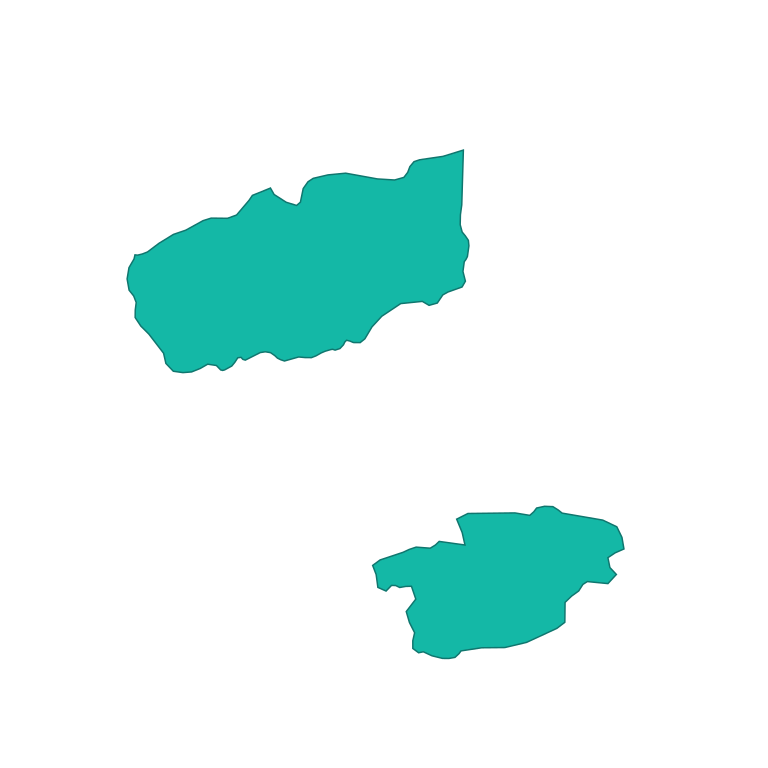 the border of Emberá, rotated 287°
{"feature_id": "PAN-3455", "entity_name": "Emberá", "entity_type": "Indigenous Territory", "adm_level": 1, "iso_a3": "PAN", "parent_name": "Panama", "parent_adm1": "", "projection": "mercator", "projection_center": [-77.827, 8.183], "detail": "fine", "context": "isolated", "style": "filled", "palette": "teal", "viewbox_px": 768, "rotation_deg": 287, "n_neighbors": 0, "source": "natural_earth", "source_scale": "10m", "svg_char_len": 2212}
<svg xmlns="http://www.w3.org/2000/svg" viewBox="0 0 768 768"><g transform="rotate(287 384 384)"><path d="M538.2,218.1L533.1,223.5L529.2,237.4L529.2,248.2L533.4,250.9L547.3,249.6L555.2,252.2L560.0,256.2L567.6,269.3L574.4,285.7L578.2,317.8L582.2,334.5L587.4,342.6L593.3,344.8L599.5,345.2L605.4,347.7L608.9,352.6L618.9,373.8L630.9,391.5L630.6,391.6L578.0,406.0L568.2,407.6L558.6,410.3L552.2,414.3L549.4,418.5L546.0,422.7L541.0,424.8L530.3,426.5L527.3,426.0L524.4,425.0L514.7,426.6L506.1,431.8L499.6,430.3L490.6,418.2L486.4,414.2L477.0,411.3L472.4,404.1L474.2,396.5L465.8,376.5L448.2,362.1L435.1,355.8L421.6,352.5L416.6,349.1L414.7,342.6L415.1,338.8L414.9,335.4L412.5,334.2L409.7,333.8L405.0,331.5L402.1,327.3L402.2,324.8L401.4,323.1L398.1,318.1L395.4,314.9L391.0,310.7L388.0,306.9L386.2,300.8L384.9,294.5L376.9,282.1L377.0,278.1L377.6,274.5L379.2,271.3L380.8,266.3L380.1,261.1L377.9,256.5L366.3,244.4L366.3,241.8L367.7,239.5L366.3,236.5L361.1,235.0L356.7,233.2L350.9,227.5L349.8,225.7L349.8,224.9L349.7,223.7L352.7,218.3L351.4,209.6L345.1,203.7L339.3,196.5L336.1,188.4L334.6,178.8L339.9,169.4L349.0,164.2L363.0,144.5L368.3,134.5L374.8,126.6L382.0,124.5L389.5,123.2L395.0,118.9L399.2,112.8L409.4,107.6L420.7,106.1L430.5,108.4L434.7,108.1L435.2,110.7L437.7,114.9L441.1,119.2L452.8,127.7L465.5,138.9L473.1,149.4L487.3,163.2L492.1,170.2L496.7,185.9L502.5,193.6L520.1,201.2L525.9,203.0L538.0,217.9L538.2,218.1ZM207.2,426.2L214.6,431.7L228.6,451.4L233.1,456.4L237.4,462.4L240.5,476.2L245.0,480.2L249.6,482.8L253.7,508.5L264.8,502.2L276.0,493.0L284.7,502.1L299.0,546.9L301.0,561.8L305.6,564.6L310.0,566.2L314.0,573.3L316.1,581.4L314.4,587.6L312.6,592.1L317.8,633.0L315.5,648.4L306.9,656.4L296.4,661.7L290.1,654.4L283.4,648.9L274.5,653.7L269.8,661.9L258.6,656.5L254.5,636.2L250.5,632.8L243.0,630.7L236.0,625.4L228.1,621.0L209.0,626.6L200.9,620.8L178.6,595.9L167.3,576.6L160.3,554.5L151.3,535.7L148.1,534.6L143.3,531.8L140.5,526.3L138.7,520.2L138.1,509.4L139.4,499.9L137.1,495.7L139.5,488.9L146.9,486.6L155.1,486.0L163.3,478.1L172.9,471.8L187.6,477.3L198.6,469.4L196.8,464.0L194.0,458.5L194.7,454.1L193.6,450.1L186.6,446.5L187.7,437.6L199.5,432.2L207.2,426.2Z" fill="#14b8a6" stroke="#0f766e" stroke-width="1.5"/></g></svg>